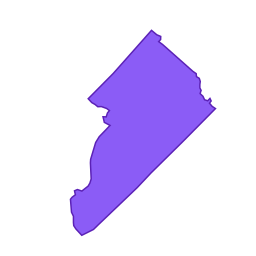 São Bento do Trairí, Rio Grande do Norte, Brazil, rotated 67°
{"feature_id": "56859067B1247516592895", "entity_name": "São Bento do Trairí", "entity_type": "district", "adm_level": 2, "iso_a3": "BRA", "parent_name": "Brazil", "parent_adm1": "Rio Grande do Norte", "projection": "albers", "projection_center": [-36.048, -6.394], "detail": "fine", "context": "isolated", "style": "filled", "palette": "violet", "viewbox_px": 256, "rotation_deg": 67, "n_neighbors": 0, "source": "geoboundaries", "source_scale": "gbopen_adm2", "svg_char_len": 889}
<svg xmlns="http://www.w3.org/2000/svg" viewBox="0 0 256 256"><g transform="rotate(67 128 128)"><path d="M85.5,153.2L90.5,151.4L93.5,149.1L96.6,147.5L97.9,144.1L101.7,140.0L104.7,138.3L106.1,141.0L109.2,143.7L107.9,146.6L113.6,147.6L118.6,143.5L121.5,150.2L124.7,157.8L128.7,163.4L142.2,174.6L145.4,176.2L160.5,181.8L163.8,184.6L165.9,187.4L168.0,195.1L164.9,198.6L164.9,201.8L168.9,202.5L169.9,206.5L171.1,208.8L176.2,210.5L183.4,212.9L187.9,212.7L193.8,215.2L196.7,216.1L200.6,215.4L208.7,212.5L207.9,199.4L205.4,193.0L186.5,142.9L178.4,124.5L161.8,82.6L144.3,39.9L140.9,42.1L137.0,43.3L135.6,40.9L132.8,41.0L134.1,44.0L131.9,46.5L128.1,46.6L124.5,48.2L121.9,46.0L119.2,46.2L116.1,44.9L113.4,43.3L110.1,43.0L107.5,44.9L104.6,44.0L101.1,46.2L64.5,63.6L60.5,66.0L59.3,63.4L56.5,62.1L53.4,65.1L47.3,68.2L72.0,120.2L85.5,153.2Z" fill="#8b5cf6" stroke="#5b21b6" stroke-width="1.5"/></g></svg>